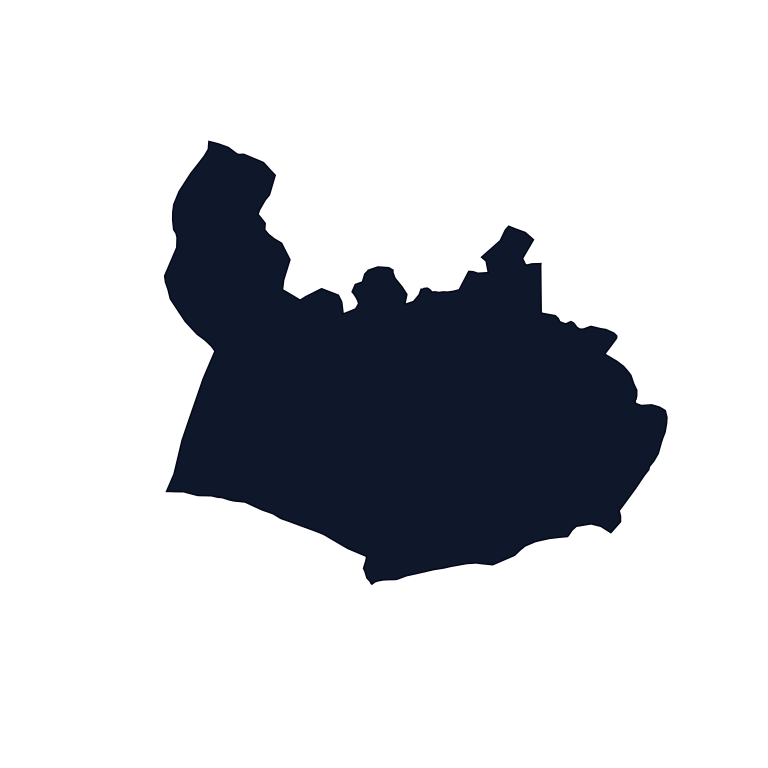 Minya Al-Nasr, Ad Daqahliyah, Egypt (Albers equal-area conic projection), rotated 210°
{"feature_id": "37247803B87041728070842", "entity_name": "Minya Al-Nasr", "entity_type": "district", "adm_level": 2, "iso_a3": "EGY", "parent_name": "Egypt", "parent_adm1": "Ad Daqahliyah", "projection": "albers", "projection_center": [31.703, 31.154], "detail": "fine", "context": "isolated", "style": "filled", "palette": "ink", "viewbox_px": 768, "rotation_deg": 210, "n_neighbors": 0, "source": "geoboundaries", "source_scale": "gbopen_adm2", "svg_char_len": 3531}
<svg xmlns="http://www.w3.org/2000/svg" viewBox="0 0 768 768"><g transform="rotate(210 384 384)"><path d="M656.9,506.5L653.5,499.5L653.6,491.6L654.9,481.7L656.6,469.9L657.7,448.2L655.8,434.4L652.9,427.4L649.1,420.5L643.3,412.5L641.7,411.7L639.4,410.5L636.5,407.5L631.7,398.6L628.0,367.9L624.1,362.9L618.3,357.9L611.6,350.9L597.6,343.9L587.3,338.8L570.8,333.7L561.1,332.6L552.4,330.5L546.8,328.0L543.2,298.1L541.7,290.5L535.3,257.4L530.7,234.3L520.8,201.0L518.6,182.2L515.1,184.2L510.4,186.7L503.5,190.6L500.6,191.3L489.7,194.3L485.9,196.3L484.4,197.2L477.4,201.0L475.3,201.6L471.4,202.8L467.4,204.7L460.1,206.3L456.2,207.5L453.6,208.6L448.5,210.9L445.4,212.3L434.3,213.3L426.3,214.1L415.1,216.2L406.4,216.0L403.9,216.4L399.2,217.3L398.1,217.5L380.6,220.5L372.2,222.0L362.5,223.5L358.9,223.7L357.1,223.6L353.5,223.6L340.4,223.5L339.0,223.5L333.1,223.5L331.5,223.7L326.5,224.3L319.2,225.2L312.9,226.0L312.4,224.8L311.4,222.3L309.5,214.1L307.7,212.8L306.8,212.2L303.6,209.2L301.7,207.4L297.7,206.3L296.8,205.7L295.4,204.8L294.4,204.6L292.9,208.2L290.7,210.6L288.8,212.2L286.7,214.0L281.7,217.2L276.5,220.3L275.1,221.5L273.9,222.9L268.8,229.1L262.3,235.0L248.0,248.3L240.3,254.5L238.7,256.0L234.8,259.6L234.1,260.2L222.7,269.8L214.8,275.1L210.7,276.8L203.4,280.1L199.5,281.8L198.6,283.0L196.1,286.4L194.4,288.7L192.4,291.4L185.3,300.9L183.1,308.4L181.3,313.0L180.9,314.2L174.3,323.0L171.5,325.7L168.9,328.1L163.4,333.1L157.2,337.7L156.2,338.5L151.6,341.7L148.9,343.6L148.6,344.6L148.5,345.6L148.1,351.5L146.3,357.0L143.5,359.2L138.7,363.2L134.7,366.4L125.0,369.2L113.2,368.7L110.3,383.0L113.2,387.9L117.1,391.9L116.4,397.6L114.1,418.4L114.0,419.5L113.4,428.4L112.9,435.3L111.9,442.2L112.9,445.2L112.3,449.1L111.8,452.1L111.8,461.0L114.6,471.9L115.1,474.2L115.6,476.8L116.5,482.8L119.4,490.7L122.3,496.6L127.1,501.6L133.9,501.7L141.7,499.8L144.7,497.8L150.4,494.0L156.3,493.0L158.2,495.0L158.2,497.0L159.2,500.0L162.0,505.0L167.8,509.0L174.6,515.0L179.5,517.0L185.3,519.0L194.0,520.1L197.9,520.1L203.7,520.2L207.6,520.2L207.6,522.2L206.6,530.1L205.5,540.0L206.5,542.0L210.4,543.0L219.1,542.1L224.0,540.2L229.1,538.7L233.7,537.3L238.6,531.4L241.5,529.5L245.4,529.5L247.4,530.5L250.3,531.6L253.2,531.6L256.1,527.7L257.1,526.7L262.9,525.8L265.8,527.8L269.7,528.8L282.5,524.3L283.3,524.0L307.4,564.7L308.3,566.7L316.1,561.9L319.1,558.9L321.0,558.0L326.8,562.0L326.8,565.0L326.8,568.9L326.7,579.6L326.7,583.7L337.4,585.8L346.6,584.2L348.1,583.9L354.9,583.0L355.9,578.1L355.0,566.2L362.9,542.6L357.1,541.6L349.3,532.6L358.1,526.8L363.0,525.8L366.9,523.9L366.0,503.2L369.9,499.3L374.8,495.4L378.7,493.4L381.6,491.2L382.6,490.5L385.5,489.5L388.5,487.6L391.4,488.6L394.3,488.7L397.2,486.7L398.2,484.7L399.2,484.7L398.2,478.8L399.5,471.0L399.7,470.1L405.1,464.1L406.1,464.1L407.5,468.6L408.0,470.0L409.0,473.0L416.7,477.0L427.4,481.1L432.2,485.1L433.2,487.1L435.8,487.1L438.0,487.1L447.8,482.3L454.6,474.5L454.6,473.5L455.6,469.6L453.7,461.6L458.6,455.8L457.7,447.9L454.8,446.8L450.9,444.8L448.0,442.8L446.1,440.8L446.1,439.0L446.1,434.9L449.0,431.0L450.2,429.5L454.4,424.2L461.7,434.0L468.0,438.1L485.7,435.3L495.5,420.4L498.4,414.7L500.6,414.7L506.4,414.8L516.1,414.9L519.1,414.9L519.9,416.9L522.9,423.9L527.6,444.6L543.1,454.7L551.8,454.8L558.6,455.8L564.4,457.9L567.3,463.8L575.1,466.9L578.0,467.9L578.9,472.8L578.9,477.8L578.9,483.7L577.8,490.6L582.6,510.4L589.4,512.4L595.6,514.4L599.1,515.5L620.4,512.8L623.4,510.8L625.3,509.8L628.2,509.9L637.0,511.0L647.6,509.1L656.9,506.5Z" fill="#0f172a" stroke="#020617" stroke-width="1.5"/></g></svg>